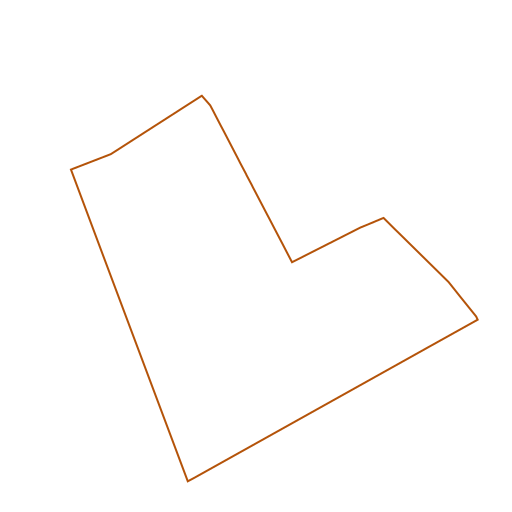 the district of Al Koma, North Darfur, Sudan, rotated 332°
{"feature_id": "16777658B3899711101955", "entity_name": "Al Koma", "entity_type": "district", "adm_level": 2, "iso_a3": "SDN", "parent_name": "Sudan", "parent_adm1": "North Darfur", "projection": "robinson", "projection_center": [27.366, 14.121], "detail": "fine", "context": "isolated", "style": "outline", "palette": "amber", "viewbox_px": 512, "rotation_deg": 332, "n_neighbors": 0, "source": "geoboundaries", "source_scale": "gbopen_adm2", "svg_char_len": 1022}
<svg xmlns="http://www.w3.org/2000/svg" viewBox="0 0 512 512"><g transform="rotate(332 256 256)"><path d="M386.5,282.3L385.8,282.2L385.0,282.1L381.6,281.8L380.1,281.7L379.5,281.6L378.7,281.5L377.1,281.4L365.6,280.3L364.9,280.2L364.3,280.2L363.6,280.1L363.2,280.1L362.9,280.0L362.5,280.0L362.0,279.9L357.5,279.8L331.4,279.3L328.3,279.3L326.8,279.2L284.9,278.4L284.9,276.5L285.0,264.9L285.1,257.0L285.1,254.6L285.2,239.8L285.3,228.9L285.3,224.0L285.4,211.1L285.4,210.5L285.5,198.6L285.5,194.1L285.6,191.3L285.6,191.1L285.6,188.2L285.6,179.9L285.7,179.3L285.7,171.0L285.7,166.8L285.8,161.7L286.0,141.1L286.0,140.7L286.1,131.4L286.1,124.9L286.1,124.2L286.2,114.1L286.3,107.1L286.3,105.2L286.3,104.9L286.3,103.9L286.3,102.5L286.3,101.5L286.2,101.1L285.4,97.6L283.9,91.3L283.4,89.1L282.6,89.1L175.6,97.9L133.2,92.8L125.9,148.3L121.3,183.3L90.0,422.9L96.2,422.9L365.5,417.4L421.8,416.3L422.0,412.8L417.2,387.7L413.8,369.3L412.9,366.5L393.7,305.4L391.3,297.9L386.5,282.3Z" fill="none" stroke="#b45309" stroke-width="2"/></g></svg>